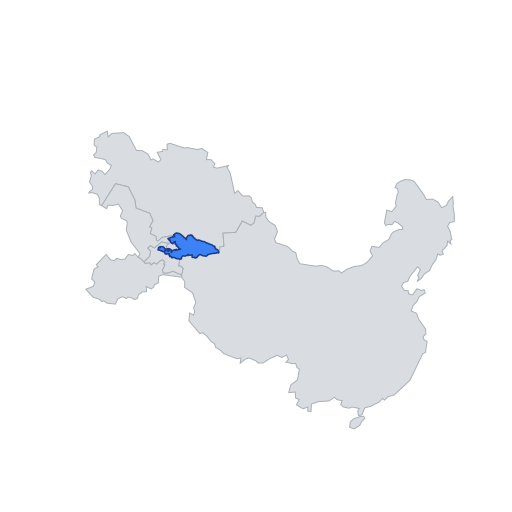 map of Kyrgyzstan with Kazakhstan, Uzbekistan, Afghanistan and 2 others greyed out, rotated 21°
{"feature_id": "KGZ", "entity_name": "Kyrgyzstan", "entity_type": "country or territory", "adm_level": 0, "iso_a3": "KGZ", "parent_name": "Asia", "parent_adm1": "", "projection": "orthographic", "projection_center": [73.132, 41.224], "detail": "fine", "context": "with_neighbors", "style": "filled", "palette": "blue", "viewbox_px": 512, "rotation_deg": 21, "n_neighbors": 5, "source": "natural_earth", "source_scale": "50m", "svg_char_len": 10380}
<svg xmlns="http://www.w3.org/2000/svg" viewBox="0 0 512 512"><g transform="rotate(21 256 256)"><path d="M247.7,212.6L245.1,217.7L241.5,218.9L242.4,225.8L240.3,229.3L230.7,228.2L228.8,241.1L217.0,246.5L222.6,258.3L219.2,260.4L220.0,264.4L216.7,263.6L214.0,261.3L197.8,261.2L196.0,262.0L188.6,259.2L185.7,260.7L184.9,264.8L176.5,262.4L173.1,263.3L171.8,266.3L161.7,272.2L159.2,277.1L157.2,277.0L155.9,273.6L149.2,272.9L148.6,267.1L146.1,266.9L147.1,259.9L141.5,254.2L126.8,254.2L123.0,247.3L112.0,237.2L98.9,238.9L93.9,264.3L91.3,264.1L88.9,258.0L86.0,255.3L80.1,255.5L77.4,257.2L77.5,255.5L79.4,252.9L79.1,250.3L74.1,246.6L73.6,239.9L71.5,237.5L72.0,235.3L76.3,237.1L77.8,232.2L82.0,232.1L85.8,234.1L88.3,227.7L88.6,223.3L84.0,222.5L80.7,219.9L70.1,221.7L68.2,219.9L69.7,216.6L68.4,211.3L65.2,210.5L63.2,204.9L67.4,200.6L66.7,198.9L72.5,192.7L75.3,197.8L77.5,193.2L88.2,188.3L94.6,189.8L106.7,200.4L111.9,198.4L118.6,199.5L123.5,204.0L125.1,202.2L131.1,203.3L132.7,200.2L126.6,194.6L131.3,191.8L130.8,189.9L135.1,188.7L132.9,183.6L135.2,181.6L150.6,180.9L152.8,179.4L163.1,177.6L166.9,175.0L174.0,176.7L175.1,183.8L179.4,182.2L184.6,184.6L184.3,188.3L188.3,187.9L198.4,181.1L197.0,183.3L202.6,188.4L213.6,205.2L215.6,201.4L222.0,204.8L228.1,202.3L230.7,203.3L233.4,207.0L236.7,207.9L239.0,210.5L244.5,208.8L247.7,212.6Z" fill="#d9dde1" stroke="#a8b0b8" stroke-width="1"/><path d="M93.9,264.3L98.9,238.9L112.0,237.2L123.0,247.3L126.8,254.2L141.5,254.2L147.1,259.9L146.1,266.9L148.6,267.1L149.2,272.9L155.9,273.6L157.2,277.0L159.2,277.1L161.7,272.2L171.8,266.3L173.3,267.1L168.8,271.5L172.7,274.2L176.4,272.6L182.7,276.3L175.8,281.3L169.5,280.7L168.8,278.7L170.0,275.5L162.9,276.8L158.2,285.0L153.7,284.4L152.2,287.4L156.0,289.3L156.9,294.6L153.5,301.5L146.3,299.5L146.7,295.2L134.3,287.6L125.6,278.4L123.9,270.9L122.4,269.4L116.7,269.0L115.0,267.3L115.3,261.6L109.1,256.9L104.2,260.1L99.5,261.7L99.6,265.4L93.9,264.3Z" fill="#d9dde1" stroke="#a8b0b8" stroke-width="1"/><path d="M146.3,299.5L149.4,299.8L155.1,302.5L159.3,300.4L161.1,301.9L163.0,298.8L166.3,299.0L167.9,295.2L170.3,292.8L173.3,294.5L172.6,296.6L174.3,297.0L173.7,302.9L175.8,305.2L180.3,303.1L183.8,300.0L193.4,300.4L194.4,302.4L175.8,306.8L172.5,309.8L174.4,316.3L171.5,319.1L171.6,321.8L170.0,324.3L164.5,323.9L166.6,328.6L162.8,330.2L160.2,334.3L160.4,338.5L158.0,340.3L155.8,339.6L151.2,340.2L150.4,342.1L146.0,341.8L142.4,345.4L141.9,351.3L133.8,353.4L129.7,352.4L128.3,353.8L124.8,352.5L118.7,352.9L109.0,348.0L115.0,342.6L115.0,338.1L110.7,336.3L109.5,326.1L112.4,322.7L110.0,321.3L115.6,308.2L121.0,311.6L125.3,311.2L126.8,308.2L131.3,307.6L134.7,305.9L136.3,300.4L141.1,299.5L142.1,297.1L146.3,299.5Z" fill="#d9dde1" stroke="#a8b0b8" stroke-width="1"/><path d="M153.5,301.5L156.9,294.6L156.0,289.3L152.2,287.4L153.7,284.4L158.2,285.0L162.9,276.8L170.0,275.5L168.8,278.7L169.5,280.7L171.7,280.5L169.7,282.7L163.9,281.3L163.2,285.3L169.1,285.0L175.8,287.4L186.0,286.4L187.5,292.9L189.3,292.1L192.6,293.7L193.4,300.4L183.8,300.0L180.3,303.1L175.8,305.2L173.7,302.9L174.3,297.0L172.6,296.6L173.3,294.5L170.3,292.8L167.9,295.2L166.3,299.0L163.0,298.8L161.1,301.9L159.3,300.4L155.1,302.5L153.5,301.5Z" fill="#d9dde1" stroke="#a8b0b8" stroke-width="1"/><path d="M409.6,382.2L404.8,382.4L403.5,377.1L405.5,373.0L410.9,368.4L413.9,367.1L415.7,368.8L414.0,372.7L413.6,376.9L409.6,382.2ZM220.0,264.4L219.2,260.4L222.6,258.3L217.0,246.5L228.8,241.1L230.7,228.2L240.3,229.3L242.4,225.8L241.5,218.9L245.1,217.7L247.7,212.6L249.3,211.7L251.4,216.3L255.9,219.2L262.9,220.5L267.3,225.4L267.3,233.7L269.7,236.4L282.1,235.8L288.8,238.6L291.9,238.6L295.7,244.2L299.6,247.5L314.9,244.3L320.7,241.3L325.5,240.7L333.6,242.3L339.0,240.1L341.8,241.4L345.6,235.7L351.6,230.4L357.9,227.2L361.7,222.5L364.8,214.1L360.7,210.5L360.8,205.4L367.8,203.9L369.8,198.5L374.1,192.8L374.4,187.2L375.9,183.9L380.3,179.8L383.4,178.7L382.4,176.4L376.8,174.3L373.0,174.1L371.7,178.0L367.8,179.2L366.3,181.1L364.0,179.2L361.7,166.2L367.0,165.9L369.1,159.2L367.3,156.7L365.8,148.6L366.2,145.6L363.9,142.5L361.3,142.3L361.6,137.7L364.3,134.2L367.8,131.2L373.0,129.6L376.9,129.7L389.5,137.8L394.7,142.2L400.6,139.6L406.8,140.5L412.0,144.4L415.7,140.4L416.0,136.0L418.3,130.0L421.3,136.1L422.1,139.1L426.1,145.8L428.8,152.9L424.9,155.3L424.2,159.6L428.5,163.6L432.9,170.5L431.6,172.1L433.7,175.0L429.5,173.5L430.6,177.8L427.8,184.6L430.3,187.2L427.5,189.4L424.9,188.9L425.3,194.9L423.7,201.1L423.3,207.2L419.5,212.7L418.5,217.5L415.5,222.1L415.9,217.8L413.8,216.1L414.4,209.9L410.7,208.2L407.0,219.7L406.8,225.2L403.2,228.0L402.7,232.2L406.8,235.0L410.5,233.9L412.0,236.6L416.0,236.3L418.0,228.9L422.5,228.9L425.0,227.2L427.2,229.9L422.9,235.6L422.7,240.2L420.5,245.9L420.5,251.6L426.4,252.0L430.7,256.9L440.6,263.5L442.5,268.1L440.8,271.6L443.1,274.2L446.3,274.3L448.8,285.3L446.7,287.6L444.2,317.0L434.9,336.1L429.7,340.0L427.5,344.5L425.3,343.5L423.3,348.1L417.1,355.1L411.9,358.8L411.8,366.3L408.9,368.2L406.5,364.3L407.1,361.3L399.6,362.6L397.3,364.8L391.5,365.6L388.3,364.2L388.3,360.2L383.1,361.1L379.9,359.8L376.0,365.2L366.3,369.7L360.8,374.4L363.1,381.4L360.0,382.3L358.5,378.4L354.6,381.8L347.1,380.4L347.8,374.5L343.9,374.4L341.4,368.9L335.5,371.8L334.7,363.9L339.1,356.7L337.0,346.2L334.2,345.4L331.5,342.1L328.3,343.5L322.0,344.3L323.4,341.0L319.9,337.5L316.4,341.5L311.3,341.1L305.5,347.0L301.0,353.3L296.4,355.2L293.6,353.9L286.0,353.7L283.0,356.1L279.7,361.8L278.5,356.6L275.1,358.7L261.0,358.7L255.8,356.5L251.0,355.7L248.6,352.7L245.2,352.1L238.7,348.4L233.7,346.7L231.4,348.6L216.6,340.6L214.5,333.0L218.8,333.7L218.8,330.1L216.3,326.7L216.6,321.0L210.0,313.2L200.5,310.8L198.7,305.5L194.4,302.4L193.4,300.4L192.6,293.7L189.3,292.1L187.5,292.9L186.0,286.4L187.6,284.8L186.8,283.1L191.9,279.7L195.5,278.3L201.2,279.0L203.0,274.5L209.8,273.3L211.5,270.4L219.4,266.0L220.0,264.4Z" fill="#d9dde1" stroke="#a8b0b8" stroke-width="1"/><path d="M171.4,280.6L171.6,280.5L172.2,280.4L173.3,280.3L173.7,280.4L174.1,280.6L174.4,280.8L174.8,280.8L175.0,280.8L175.2,281.1L175.4,281.3L175.8,281.0L176.2,280.7L176.5,280.7L176.8,280.5L176.9,280.3L177.1,280.0L177.7,279.3L178.1,279.2L178.3,279.2L178.3,279.3L179.0,279.6L179.1,279.4L179.2,279.1L179.0,278.7L179.1,278.4L180.1,278.7L180.3,278.7L180.7,278.5L181.0,278.1L181.2,277.8L183.0,276.9L183.1,276.7L182.3,276.4L182.0,276.5L181.7,276.5L181.5,276.3L180.6,276.3L180.4,276.2L179.8,275.5L179.4,275.2L179.0,275.1L178.7,275.1L178.2,275.2L178.1,274.9L178.1,274.5L178.0,274.1L177.7,274.0L177.4,274.2L176.9,274.0L176.5,274.0L176.4,273.1L176.2,272.8L176.0,272.4L175.9,272.3L175.6,272.1L175.5,271.7L175.4,271.5L175.2,271.6L175.0,271.8L175.1,272.2L175.1,272.7L174.9,273.0L174.7,273.1L174.1,272.9L174.0,274.3L173.9,274.4L173.4,274.2L173.0,274.3L172.4,274.2L172.0,273.9L171.6,273.9L171.1,273.6L170.7,273.4L170.5,272.4L170.2,272.0L169.1,272.3L168.8,272.0L168.2,271.6L167.7,271.5L167.6,271.3L167.6,271.1L169.1,270.1L169.7,269.3L170.0,269.0L170.5,268.8L170.9,268.7L171.1,268.1L171.5,267.9L172.1,267.7L173.2,267.1L173.2,266.9L172.7,266.5L172.2,266.2L171.9,266.3L171.7,266.5L171.5,266.1L171.5,265.8L171.8,265.3L172.1,265.0L172.2,264.5L172.6,264.1L172.9,263.6L173.4,263.1L174.3,262.8L174.8,262.9L175.2,262.8L175.9,262.5L176.0,262.5L176.3,262.5L178.1,263.0L178.7,263.0L180.1,263.6L180.7,263.7L181.1,263.9L181.3,264.1L181.7,264.4L183.4,264.7L183.9,264.8L184.0,265.1L184.5,265.4L185.0,265.5L184.6,264.2L184.7,263.4L185.3,261.3L185.6,261.0L186.1,260.7L187.0,260.4L187.3,259.9L188.0,260.0L188.3,259.9L188.5,259.9L188.6,259.6L189.4,260.0L190.7,260.9L191.7,261.4L192.9,261.9L194.6,262.3L196.0,262.4L196.7,261.6L197.0,261.6L197.5,261.6L199.0,261.6L200.4,261.6L201.1,261.5L202.7,261.1L202.9,261.1L203.2,261.1L204.2,261.4L204.9,261.5L205.3,261.4L205.6,261.5L206.2,261.4L207.1,261.4L208.2,261.6L209.6,261.5L210.0,261.4L210.8,261.4L211.4,261.6L212.2,261.9L212.7,261.9L213.0,262.0L213.6,261.9L213.9,261.8L214.1,261.9L214.4,262.6L214.9,263.0L215.3,263.4L215.6,263.8L216.0,263.9L216.5,263.9L217.6,263.9L218.2,264.1L219.0,264.8L219.8,265.5L220.0,265.9L220.1,266.4L220.0,266.5L219.9,266.6L218.4,266.9L218.0,267.0L217.7,267.7L216.4,268.4L215.6,268.7L215.3,268.7L214.6,269.2L212.5,270.5L211.5,271.3L211.0,271.6L210.6,271.9L210.6,272.3L210.6,272.6L209.5,274.1L208.6,274.3L207.9,274.3L207.4,274.6L206.7,274.8L205.1,274.7L204.5,274.8L203.5,274.6L203.1,274.8L202.6,275.1L202.1,276.3L201.8,276.5L201.7,276.8L201.7,277.4L201.5,278.0L201.2,278.5L201.0,278.9L200.5,279.3L200.1,279.6L199.8,279.1L199.5,279.2L199.3,279.5L198.8,279.4L198.5,279.5L197.8,280.0L196.7,280.0L196.6,279.9L196.4,278.6L196.2,278.0L196.0,277.8L195.8,277.8L194.4,278.9L193.7,279.1L193.1,279.1L192.3,278.8L192.2,278.9L192.1,279.1L192.0,279.3L192.2,279.9L192.2,280.0L191.8,280.0L191.4,280.1L191.0,280.4L190.0,281.4L189.1,281.7L188.2,281.8L187.9,282.0L187.7,282.1L187.4,282.5L187.1,283.2L187.0,283.6L186.9,283.8L186.9,284.0L187.1,284.4L187.3,285.1L187.3,285.3L187.1,285.7L186.8,286.0L186.3,286.2L185.8,286.3L185.5,286.2L184.9,286.2L184.5,286.3L184.2,286.5L183.6,286.8L183.0,286.9L182.1,286.9L181.7,286.9L180.4,286.7L180.0,286.8L179.6,286.9L178.9,287.0L178.5,287.5L178.3,287.9L178.2,287.9L177.7,287.6L177.4,287.2L177.2,286.9L176.9,286.9L175.9,287.4L175.7,287.4L175.5,287.2L175.5,286.7L175.5,286.4L175.2,286.2L174.5,286.2L174.3,286.0L174.3,285.7L174.4,285.4L174.3,285.2L174.1,285.1L173.7,285.1L173.3,285.3L173.0,285.5L172.6,285.6L172.2,285.7L171.9,285.8L171.6,286.4L170.4,286.5L170.1,286.3L169.8,285.9L169.4,285.3L169.2,285.2L168.9,285.1L168.3,285.1L167.5,285.3L167.3,285.1L167.1,285.0L166.9,285.2L166.7,285.2L165.9,285.2L164.9,285.2L164.3,285.0L164.0,285.0L163.2,285.3L162.8,285.2L162.3,285.3L162.3,284.3L162.0,283.6L162.1,283.1L162.4,282.5L162.5,282.2L162.8,282.3L163.2,282.6L163.4,282.5L163.5,282.3L163.4,282.0L163.4,281.8L163.6,281.6L163.8,281.3L165.0,280.9L166.1,280.7L166.7,280.9L167.7,281.4L168.3,281.7L168.7,281.8L169.0,282.5L169.5,282.4L169.6,282.2L169.7,281.6L170.2,281.3L171.4,280.9L171.5,280.7L171.4,280.6ZM172.7,283.0L172.8,282.9L172.6,282.4L172.9,281.9L172.3,281.9L172.1,281.7L171.8,281.2L171.7,281.2L171.5,281.3L171.4,281.6L171.5,282.0L171.8,282.3L171.7,283.0L172.0,283.1L172.4,283.1L172.7,283.0ZM170.0,283.4L169.8,283.2L169.3,283.1L168.9,283.0L169.0,283.4L169.2,283.7L169.5,283.7L170.0,283.4ZM175.8,282.7L175.9,282.4L175.7,282.4L175.6,282.5L175.3,282.5L175.2,282.7L175.4,282.9L175.7,283.0L175.8,282.7Z" fill="#3b82f6" stroke="#1e3a8a" stroke-width="1.5"/></g></svg>